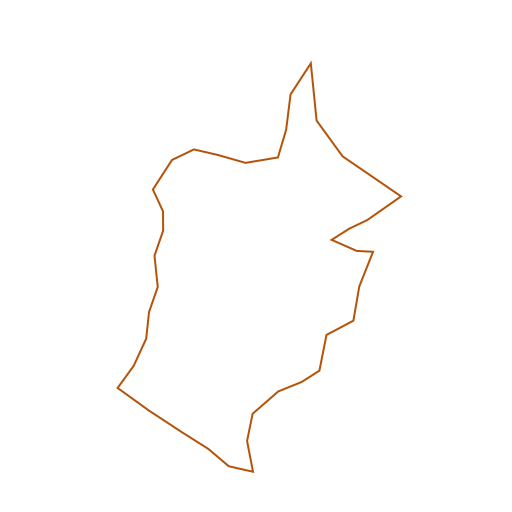 Kazafani, Cyprus (Robinson projection), rotated 126°
{"feature_id": "46923920B35244398471877", "entity_name": "Kazafani", "entity_type": "district", "adm_level": 2, "iso_a3": "CYP", "parent_name": "Cyprus", "parent_adm1": "", "projection": "robinson", "projection_center": [33.356, 35.324], "detail": "fine", "context": "isolated", "style": "outline", "palette": "amber", "viewbox_px": 512, "rotation_deg": 126, "n_neighbors": 0, "source": "geoboundaries", "source_scale": "gbopen_adm2", "svg_char_len": 644}
<svg xmlns="http://www.w3.org/2000/svg" viewBox="0 0 512 512"><g transform="rotate(126 256 256)"><path d="M67.9,324.9L105.0,323.0L136.2,305.8L163.4,296.2L186.8,319.2L196.6,346.0L206.3,368.9L227.7,380.4L262.8,378.5L274.5,357.5L290.1,346.0L315.4,338.3L338.8,317.3L364.2,309.6L387.5,296.2L416.8,290.4L444.1,290.4L444.0,252.2L442.1,212.0L440.1,181.3L442.1,154.5L438.6,146.2L432.3,131.6L410.9,154.5L385.6,166.0L352.5,158.4L331.0,145.0L311.5,137.3L278.4,152.6L251.1,139.2L220.0,154.5L183.8,163.8L192.7,177.5L198.5,204.3L179.0,196.6L161.5,187.1L122.5,173.7L124.5,244.5L110.8,286.6L67.9,324.9Z" fill="none" stroke="#b45309" stroke-width="2"/></g></svg>